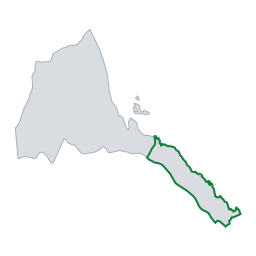 Debubawi Keyih Bahri on a map of Eritrea (Albers equal-area conic projection)
{"feature_id": "ERI-1565", "entity_name": "Debubawi Keyih Bahri", "entity_type": "Region", "adm_level": 1, "iso_a3": "ERI", "parent_name": "Eritrea", "parent_adm1": "", "projection": "albers", "projection_center": [41.929, 13.658], "detail": "medium", "context": "in_parent", "style": "outline", "palette": "green", "viewbox_px": 256, "rotation_deg": 0, "n_neighbors": 0, "source": "natural_earth", "source_scale": "10m", "svg_char_len": 4152}
<svg xmlns="http://www.w3.org/2000/svg" viewBox="0 0 256 256"><path d="M18.0,158.5L17.1,148.5L16.5,141.8L15.9,134.7L15.4,128.0L18.6,124.0L20.2,120.1L24.3,107.5L25.9,105.0L29.0,98.3L29.4,96.4L32.5,87.9L32.4,82.2L31.9,76.5L33.6,73.1L35.1,70.4L35.0,68.1L35.8,62.8L36.3,61.5L38.0,61.4L41.6,62.2L44.2,61.7L47.3,61.8L49.7,61.6L51.1,60.0L53.1,53.8L54.4,52.6L55.3,52.2L58.0,51.1L60.4,49.4L62.3,48.1L63.0,47.9L64.9,47.7L66.9,47.0L67.9,46.1L70.4,45.5L72.8,45.9L74.5,45.2L75.6,44.7L76.8,44.7L78.0,44.0L78.5,42.9L79.2,42.2L81.1,40.6L82.0,39.4L82.5,38.2L82.9,37.3L83.7,35.7L87.1,31.8L90.0,29.5L99.8,49.7L103.7,61.6L107.2,74.0L109.6,92.7L112.1,102.2L116.2,106.9L118.9,115.8L121.3,116.1L123.1,118.6L126.0,126.9L128.1,130.0L129.3,127.4L129.2,125.8L128.3,123.3L129.2,120.0L130.9,118.0L134.7,120.7L136.8,122.8L137.3,126.9L138.2,129.2L142.2,134.0L145.5,135.4L150.0,135.8L153.6,136.9L156.6,138.6L162.1,143.5L174.8,147.8L185.0,161.0L191.0,170.0L210.8,183.8L214.2,190.4L216.0,196.8L220.2,196.5L227.4,203.5L229.5,208.9L235.4,210.8L236.4,207.7L239.2,210.2L240.4,214.3L236.6,215.9L232.5,217.3L231.9,217.3L230.5,219.2L228.6,224.3L226.4,225.7L225.3,225.9L218.8,221.1L217.8,220.9L216.4,221.8L215.4,222.8L212.4,219.2L210.1,216.0L207.1,212.2L204.1,210.5L200.9,208.3L197.8,203.3L194.6,197.8L189.8,193.3L181.0,186.8L172.9,178.6L166.7,170.0L162.7,165.5L161.0,164.3L152.8,161.5L147.0,157.5L142.6,154.3L139.9,153.4L137.2,153.2L131.6,153.8L126.9,151.8L125.0,151.8L121.9,151.1L119.4,150.4L116.5,151.2L110.6,152.6L108.1,152.3L106.8,150.2L106.1,148.7L104.0,147.0L102.3,147.0L101.4,148.4L95.2,152.0L84.8,153.9L82.3,153.7L80.5,152.2L75.4,145.9L73.9,144.9L72.7,144.8L70.3,144.0L68.0,142.8L66.1,140.2L64.1,138.7L61.9,143.6L58.0,152.3L55.9,157.0L53.2,163.0L52.3,163.1L51.0,162.7L46.0,155.0L42.8,152.2L40.4,152.4L38.6,153.7L37.4,156.2L36.1,157.8L34.8,158.3L32.0,158.0L27.7,156.7L23.2,156.8L18.6,158.5L18.0,158.5ZM140.2,110.3L141.6,112.1L142.6,111.9L143.3,111.3L143.9,110.0L149.1,112.6L148.8,114.4L145.7,114.4L142.0,113.7L138.6,113.9L134.6,113.1L133.7,110.2L136.3,111.6L137.6,111.3L137.8,110.9L136.0,108.9L133.5,108.5L133.7,107.0L134.8,106.4L135.5,105.6L134.1,103.5L137.0,104.0L138.8,105.3L139.9,106.8L140.2,110.3ZM138.2,96.8L139.2,100.2L136.0,98.9L135.5,98.2L136.9,96.9L137.2,96.0L138.2,96.8Z" fill="#d9dde1" stroke="#a8b0b8" stroke-width="1"/><path d="M240.6,214.0L233.1,217.5L232.0,217.2L231.4,217.7L230.7,219.6L229.2,221.0L229.6,223.1L229.4,224.0L228.0,224.5L227.2,225.4L226.0,225.8L225.6,226.5L220.2,221.7L218.7,221.0L217.7,220.8L217.1,220.9L215.4,222.8L213.8,221.1L211.0,217.3L208.8,213.5L207.2,212.1L203.3,210.3L200.7,208.5L198.9,206.0L196.3,200.3L195.2,198.5L192.8,195.6L186.6,190.5L176.2,183.8L175.2,182.8L170.2,173.8L163.1,165.7L161.1,164.2L158.8,163.3L154.8,162.6L151.3,160.8L149.3,159.8L147.0,157.6L149.8,152.9L151.6,149.2L154.6,144.9L155.1,143.6L155.2,140.9L154.5,137.6L154.5,136.2L155.1,136.1L156.0,136.3L156.4,138.3L157.3,138.7L157.2,138.1L157.5,138.0L158.6,138.2L158.5,138.7L158.0,138.5L157.8,138.7L159.9,140.6L159.6,143.0L161.0,144.5L161.0,145.2L161.7,144.8L162.4,144.9L162.4,144.3L163.2,144.6L165.0,144.5L167.0,145.8L167.9,146.1L170.2,146.2L174.5,147.3L175.9,149.7L178.4,151.4L179.2,152.4L180.1,155.4L181.5,156.3L182.3,157.4L182.7,158.8L185.8,162.0L187.0,165.1L188.6,166.1L189.7,167.2L190.9,169.6L191.6,171.5L194.2,172.2L195.7,171.7L197.4,173.8L198.3,173.9L199.3,173.6L201.5,174.8L201.9,175.1L202.3,177.0L203.7,178.1L205.1,180.1L205.5,180.3L206.1,181.9L206.5,181.9L207.4,181.6L208.3,182.4L208.8,183.9L209.7,184.5L209.8,185.0L210.1,185.0L210.3,184.6L209.2,183.4L209.2,183.2L209.9,183.2L209.9,182.2L208.9,181.5L207.9,181.4L208.3,181.0L208.7,181.0L209.9,182.0L211.2,183.6L212.3,184.2L212.5,186.5L212.8,187.7L213.8,188.8L214.1,189.7L214.6,193.7L215.1,194.5L215.4,196.5L217.1,197.3L218.7,197.5L219.7,197.0L220.1,196.0L220.6,196.1L220.8,197.0L221.5,197.5L221.8,198.3L223.5,199.7L224.7,201.7L226.4,202.3L227.2,203.0L229.0,209.3L229.5,209.5L230.8,208.9L231.3,209.8L232.0,210.4L234.1,210.7L233.7,211.5L234.0,211.5L235.7,210.3L236.1,209.0L236.4,208.9L236.2,208.2L236.4,207.6L237.9,208.8L238.2,209.5L239.4,210.4L239.7,212.4L240.6,214.0Z" fill="none" stroke="#15803d" stroke-width="2"/></svg>